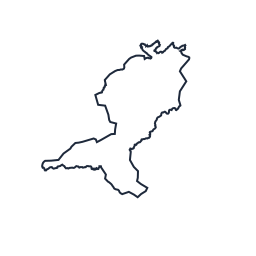 Bu'rentogtox, Hövsgöl, Mongolia (Mercator projection), rotated 147°
{"feature_id": "93677404B18763556334641", "entity_name": "Bu'rentogtox", "entity_type": "district", "adm_level": 2, "iso_a3": "MNG", "parent_name": "Mongolia", "parent_adm1": "Hövsgöl", "projection": "mercator", "projection_center": [99.405, 49.514], "detail": "fine", "context": "isolated", "style": "outline", "palette": "slate", "viewbox_px": 256, "rotation_deg": 147, "n_neighbors": 0, "source": "geoboundaries", "source_scale": "gbopen_adm2", "svg_char_len": 5761}
<svg xmlns="http://www.w3.org/2000/svg" viewBox="0 0 256 256"><g transform="rotate(147 128 128)"><path d="M144.4,67.3L147.7,74.0L149.3,78.6L146.9,80.9L143.1,86.4L144.3,92.2L143.8,100.1L138.6,106.6L138.5,108.6L138.1,108.6L137.9,109.1L137.2,109.5L137.0,109.3L136.9,109.1L137.1,108.7L136.9,108.4L136.3,108.2L135.7,108.3L135.2,108.0L134.6,107.9L134.0,108.1L133.9,108.5L132.2,109.4L132.0,109.6L131.7,110.2L131.5,110.3L131.1,110.3L130.7,109.6L130.3,109.4L130.0,109.5L129.1,110.1L128.2,110.0L127.1,110.2L126.6,110.1L126.0,109.6L125.6,109.6L123.4,110.2L123.3,110.3L123.4,110.6L122.8,111.0L122.2,110.6L121.2,110.4L120.1,109.7L118.4,109.5L117.3,108.6L116.2,108.7L115.7,108.3L115.4,108.3L114.2,108.8L113.6,110.7L113.4,110.7L113.0,110.4L112.5,111.1L112.2,111.7L112.2,112.4L112.0,112.6L111.6,112.7L110.6,112.5L109.2,112.0L107.5,112.9L105.6,112.9L105.0,113.1L104.2,113.6L104.1,115.1L103.8,115.4L103.4,115.5L102.9,117.3L102.0,118.0L101.6,118.5L99.6,119.2L99.0,119.6L98.6,120.2L97.4,120.7L95.6,120.4L93.4,120.5L93.1,120.8L92.2,121.9L91.1,122.4L90.6,122.3L89.8,121.7L88.9,121.8L88.2,121.6L87.9,121.1L87.6,119.1L87.4,118.7L86.6,118.2L85.4,118.6L84.0,120.3L83.3,120.6L82.4,120.2L81.7,119.3L80.7,119.9L80.0,120.1L79.3,120.0L78.2,119.5L77.9,119.1L77.6,118.5L77.9,117.8L78.0,117.0L77.8,116.7L75.8,116.9L74.9,117.3L74.6,117.6L73.0,118.3L72.0,118.2L71.7,118.4L70.1,123.9L64.5,130.5L53.7,135.4L53.6,147.3L51.0,149.0L39.5,152.3L38.6,153.1L38.2,153.8L38.4,154.3L38.7,154.9L39.8,156.1L42.2,159.7L42.2,161.0L42.3,161.6L42.0,162.3L41.9,163.1L42.2,163.9L41.2,163.6L40.9,163.8L41.3,164.0L40.8,164.3L40.1,164.0L39.7,164.1L39.3,163.8L39.5,163.5L38.9,163.0L37.2,163.1L37.1,163.3L37.3,163.4L36.8,163.8L36.7,164.2L36.2,164.5L36.2,164.8L35.7,165.6L35.4,165.9L34.9,166.0L34.9,166.6L35.8,166.6L37.7,167.4L38.5,167.2L39.2,167.4L40.4,167.3L41.7,166.9L42.4,167.1L43.2,168.0L43.7,169.1L44.9,169.6L45.2,170.1L45.4,170.6L45.2,171.4L44.6,171.8L44.6,172.7L45.0,173.7L44.7,174.1L44.4,174.2L44.1,174.3L43.7,174.8L43.9,175.1L44.3,175.2L44.7,175.1L45.1,174.6L46.2,174.8L48.4,174.1L49.6,174.0L50.5,174.1L50.9,173.8L51.4,173.3L53.2,173.5L54.9,172.7L56.3,172.8L57.4,172.4L58.2,172.5L58.0,172.9L58.1,173.2L58.5,173.7L59.3,174.3L60.2,174.3L61.4,174.1L62.3,174.3L61.9,174.4L61.9,174.6L62.1,174.8L62.6,175.6L62.9,175.4L63.0,177.3L63.9,178.1L63.9,178.4L63.4,178.8L62.6,178.6L62.1,178.7L61.3,179.6L60.3,179.5L59.7,179.9L57.0,179.6L56.6,179.9L56.4,180.4L56.0,180.5L56.2,181.5L56.2,181.8L55.8,182.2L55.8,182.5L55.5,182.5L55.3,182.7L55.3,183.1L55.4,183.5L55.4,184.1L55.5,184.6L55.5,185.0L56.1,184.9L56.3,185.0L56.3,184.5L56.7,184.8L57.3,184.6L58.0,185.1L59.0,184.8L59.7,184.9L61.4,184.5L61.7,184.8L61.9,184.6L62.3,184.6L63.0,184.3L63.5,184.6L63.7,184.4L65.0,184.6L65.4,185.0L65.9,185.1L65.9,185.3L66.4,185.4L66.7,185.6L66.7,185.4L66.9,185.5L66.9,186.0L67.2,186.0L67.2,186.3L67.5,186.6L67.5,186.8L67.8,186.8L67.6,187.0L67.9,187.0L68.2,187.3L68.4,188.4L68.5,188.5L68.4,188.9L68.8,189.1L68.8,189.4L69.2,189.9L69.2,190.1L70.3,191.1L70.9,191.3L71.3,191.0L71.5,191.0L71.6,190.8L71.9,190.8L72.0,190.5L72.2,190.1L72.5,190.1L72.4,189.9L72.6,189.8L72.4,189.5L72.4,189.3L72.5,189.1L72.7,188.9L72.4,188.8L72.3,188.5L72.6,188.5L72.8,188.2L72.5,188.2L72.4,188.0L72.8,187.6L73.2,185.7L73.1,184.7L72.7,183.4L72.3,182.6L72.2,181.6L71.6,181.0L71.5,179.7L71.0,177.9L69.7,174.9L69.7,174.7L70.5,174.0L71.2,174.0L71.3,174.4L72.4,175.0L72.6,175.7L73.5,176.4L73.9,176.4L74.8,176.8L76.4,176.8L75.3,179.6L79.1,182.6L81.9,184.3L87.0,185.4L89.4,185.3L96.7,183.3L98.1,180.8L99.1,180.0L100.0,180.0L101.2,180.2L101.8,180.8L102.2,181.0L103.4,181.3L105.2,182.3L107.9,182.8L114.0,182.9L121.3,180.9L121.5,180.5L121.5,180.2L122.0,179.4L122.1,178.7L122.6,177.9L122.6,177.6L122.9,177.2L122.8,176.7L123.1,176.4L123.5,176.3L123.5,176.2L123.7,176.3L123.8,176.1L124.5,175.9L124.6,175.6L124.8,175.4L125.0,175.4L125.1,175.2L125.6,175.2L125.9,174.9L126.2,174.9L126.2,174.7L126.7,174.6L127.0,174.4L127.1,174.1L127.8,173.5L128.2,173.6L129.3,173.2L130.4,172.1L130.8,172.0L131.4,172.4L131.5,172.6L131.9,172.7L132.1,172.6L133.0,173.0L137.4,173.5L140.4,163.7L135.0,159.2L137.2,149.9L139.4,145.0L139.6,142.7L135.5,138.2L139.5,133.9L142.3,130.2L145.4,132.0L157.5,132.7L161.8,133.1L161.2,135.9L162.5,137.9L173.7,141.2L177.4,142.6L180.3,144.1L185.6,143.1L187.6,142.1L196.0,141.7L203.7,139.1L210.3,142.5L215.4,145.6L216.8,145.5L218.1,145.1L219.2,144.4L220.8,142.8L220.9,142.1L221.2,141.5L221.2,141.2L220.6,141.1L220.4,140.8L220.2,139.6L220.3,139.3L220.7,138.5L220.6,137.5L219.8,137.4L219.6,137.1L218.4,137.5L217.0,137.2L215.3,137.5L214.3,137.3L213.2,136.7L213.2,135.8L212.8,134.9L212.5,134.4L210.6,133.8L209.4,133.2L208.9,133.2L208.5,133.8L208.0,134.0L205.5,133.0L203.9,133.2L203.0,133.0L202.8,131.8L202.2,130.8L202.1,130.2L202.3,129.5L202.1,129.0L202.0,128.0L200.4,127.2L200.3,126.7L200.1,126.5L199.7,126.4L198.8,126.4L196.3,125.1L195.7,124.4L195.0,124.0L194.1,123.9L192.5,124.2L191.8,124.0L191.3,123.2L190.6,122.7L190.5,121.4L190.3,121.2L189.5,121.2L189.0,121.0L187.5,120.0L187.4,119.3L186.4,118.9L186.0,118.8L185.5,118.5L185.3,118.6L184.7,118.2L183.7,118.5L183.4,118.5L182.3,117.9L181.6,117.1L180.2,116.2L180.0,115.8L180.0,115.1L180.8,113.6L180.7,113.3L180.5,113.2L180.0,113.3L179.4,113.1L179.3,112.9L179.7,112.6L179.7,112.1L179.0,111.4L178.3,111.0L178.0,111.0L177.7,111.4L177.5,110.9L177.1,110.8L176.7,111.0L176.4,111.5L176.2,111.5L176.1,110.8L175.8,110.2L175.6,109.9L175.2,109.8L174.7,110.3L173.3,110.8L172.8,111.5L172.1,111.0L171.7,111.0L171.3,111.4L172.0,109.5L171.9,101.0L174.8,98.0L174.0,93.9L173.4,92.8L172.6,90.1L172.5,89.0L172.5,87.4L172.4,86.6L172.5,84.7L171.8,83.4L170.0,81.6L169.7,80.3L169.9,79.4L170.0,78.3L169.5,76.8L169.1,76.3L168.9,75.7L162.1,74.0L159.3,68.9L157.6,64.7L153.0,65.5L147.5,65.4L144.4,67.3Z" fill="none" stroke="#1e293b" stroke-width="2"/></g></svg>